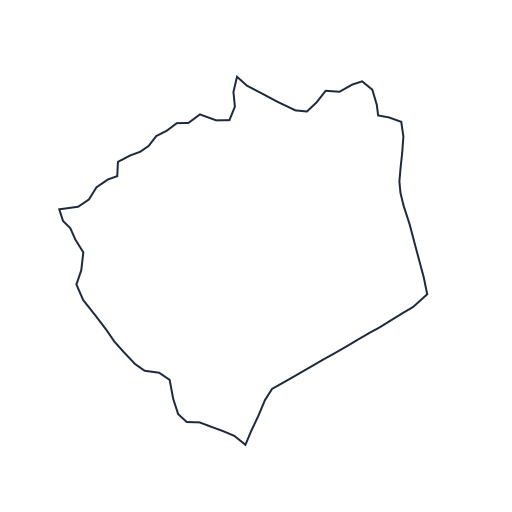 Belford Roxo, Rio de Janeiro, Brazil, rotated 342°
{"feature_id": "56859067B85088226516355", "entity_name": "Belford Roxo", "entity_type": "district", "adm_level": 2, "iso_a3": "BRA", "parent_name": "Brazil", "parent_adm1": "Rio de Janeiro", "projection": "robinson", "projection_center": [-43.378, -22.731], "detail": "fine", "context": "isolated", "style": "outline", "palette": "slate", "viewbox_px": 512, "rotation_deg": 342, "n_neighbors": 0, "source": "geoboundaries", "source_scale": "gbopen_adm2", "svg_char_len": 1172}
<svg xmlns="http://www.w3.org/2000/svg" viewBox="0 0 512 512"><g transform="rotate(342 256 256)"><path d="M407.0,345.3L408.9,328.5L410.5,298.2L411.9,273.3L411.9,254.0L412.9,240.6L415.4,229.4L421.1,216.0L426.6,203.8L433.1,187.9L435.6,173.3L425.0,165.1L415.6,160.1L417.6,149.5L418.0,133.8L410.9,122.7L400.5,122.7L386.2,125.6L373.3,120.4L361.1,128.6L349.1,134.3L338.5,129.7L324.0,115.9L309.7,101.1L300.1,91.3L293.3,79.7L285.2,93.1L282.1,107.4L272.7,118.6L260.1,114.7L246.4,104.0L232.9,108.6L221.7,105.2L209.7,109.3L198.2,111.1L188.0,118.1L178.0,121.1L167.4,121.5L153.8,123.8L148.7,137.2L139.1,137.4L125.6,141.3L114.6,150.6L102.1,154.2L83.3,150.8L83.3,163.1L88.0,172.2L89.3,184.7L92.9,199.2L85.4,215.6L76.4,227.6L78.0,244.4L85.4,264.4L90.9,280.1L94.8,293.5L100.5,306.4L107.6,321.4L114.6,330.7L127.8,337.1L135.6,347.1L133.1,366.4L133.1,382.3L138.8,392.5L150.9,396.8L160.9,404.8L171.3,413.0L179.9,420.5L187.6,432.3L197.2,421.1L208.7,408.9L220.1,395.7L230.3,387.3L241.9,385.0L255.0,382.3L270.1,379.1L289.1,375.0L300.7,372.8L314.8,369.8L327.9,366.8L340.5,364.1L350.5,362.3L365.2,358.7L379.3,355.3L389.7,353.0L407.0,345.3Z" fill="none" stroke="#1e293b" stroke-width="2"/></g></svg>